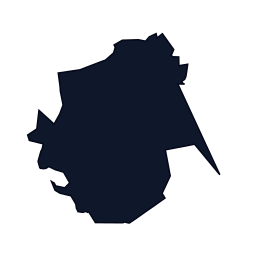 the district of Tepache, Sonora, Mexico, rotated 99°
{"feature_id": "50627088B68424224949778", "entity_name": "Tepache", "entity_type": "district", "adm_level": 2, "iso_a3": "MEX", "parent_name": "Mexico", "parent_adm1": "Sonora", "projection": "robinson", "projection_center": [-109.507, 29.486], "detail": "fine", "context": "isolated", "style": "filled", "palette": "ink", "viewbox_px": 256, "rotation_deg": 99, "n_neighbors": 0, "source": "geoboundaries", "source_scale": "gbopen_adm2", "svg_char_len": 1271}
<svg xmlns="http://www.w3.org/2000/svg" viewBox="0 0 256 256"><g transform="rotate(99 128 128)"><path d="M49.9,89.0L50.5,93.8L50.9,94.1L49.7,96.7L43.4,95.1L29.5,108.8L34.6,113.4L30.4,115.0L34.6,121.2L39.5,124.2L39.2,131.5L42.2,147.3L48.1,154.7L50.5,153.2L56.2,154.0L64.5,160.9L66.6,164.7L66.7,164.9L78.1,184.7L84.6,205.5L97.2,201.7L102.4,200.5L115.4,195.7L124.8,197.6L135.9,201.7L134.6,203.3L124.5,218.7L131.2,218.4L143.2,217.9L150.6,226.0L155.7,223.5L156.9,209.2L162.1,209.5L164.8,210.4L175.0,211.6L181.0,208.9L181.5,208.2L181.4,204.9L180.6,202.6L178.5,200.2L180.6,192.9L181.0,189.8L181.7,184.7L191.3,177.0L197.0,181.1L196.5,190.4L194.0,192.2L192.8,195.2L200.9,190.3L203.1,184.8L203.9,173.7L211.3,167.6L215.3,166.4L218.5,164.2L218.4,163.8L218.4,163.7L218.4,161.5L218.4,160.9L218.3,159.1L217.0,156.9L217.6,154.7L217.1,153.5L226.5,145.4L222.6,119.7L222.3,118.0L221.4,117.7L221.7,111.9L218.4,108.3L215.8,105.6L215.3,105.1L204.5,94.0L204.0,93.4L191.4,80.5L191.1,80.8L190.9,81.0L187.2,84.1L169.4,79.0L168.6,78.8L167.9,79.1L144.6,87.4L144.3,87.5L143.7,87.7L133.6,59.7L139.7,52.8L159.3,30.6L159.8,30.0L132.1,48.6L76.7,85.7L75.8,79.0L75.3,80.8L73.5,82.2L71.1,79.7L68.1,78.9L63.7,78.9L55.7,79.0L58.5,87.5L49.9,89.0Z" fill="#0f172a" stroke="#020617" stroke-width="1.5"/></g></svg>